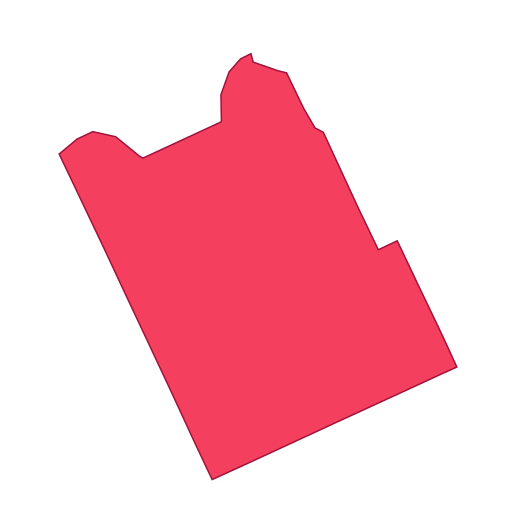 the district of Ramsey, Minnesota, United States of America, rotated 155°
{"feature_id": "52423323B15495736799264", "entity_name": "Ramsey", "entity_type": "district", "adm_level": 2, "iso_a3": "USA", "parent_name": "United States of America", "parent_adm1": "Minnesota", "projection": "orthographic", "projection_center": [-93.118, 45.006], "detail": "fine", "context": "isolated", "style": "filled", "palette": "rose", "viewbox_px": 512, "rotation_deg": 155, "n_neighbors": 0, "source": "geoboundaries", "source_scale": "gbopen_adm2", "svg_char_len": 642}
<svg xmlns="http://www.w3.org/2000/svg" viewBox="0 0 512 512"><g transform="rotate(155 256 256)"><path d="M350.5,71.6L254.9,71.3L164.1,70.8L137.5,70.7L120.9,70.5L120.7,98.0L120.8,119.7L121.3,164.0L121.3,169.3L121.4,187.7L121.6,210.1L142.5,210.0L143.0,256.3L142.9,284.8L142.7,339.6L148.4,347.2L150.4,369.6L150.9,409.1L157.9,414.7L176.6,432.9L175.1,441.5L186.6,441.2L202.5,434.3L219.6,417.0L230.6,392.3L317.1,392.5L319.5,395.9L332.8,423.4L351.4,437.7L368.8,437.6L391.3,431.6L390.5,323.7L390.5,285.5L390.3,220.4L390.3,212.6L390.2,175.8L390.4,114.0L390.3,84.0L390.2,71.9L350.5,71.6Z" fill="#f43f5e" stroke="#9f1239" stroke-width="1.5"/></g></svg>